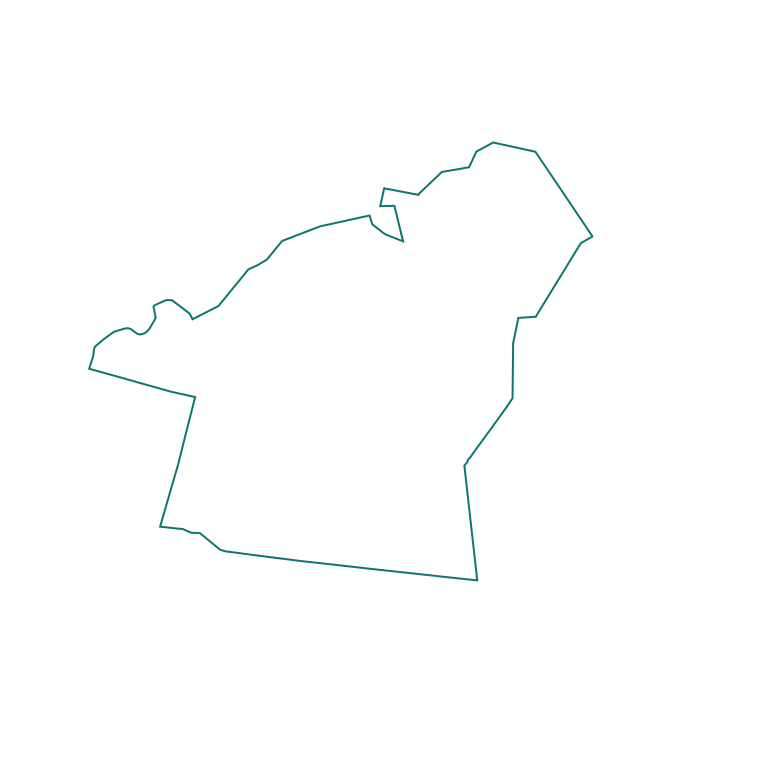 outline of Mecklenburg, North Carolina, United States of America, rotated 51°
{"feature_id": "52423323B53065741974506", "entity_name": "Mecklenburg", "entity_type": "district", "adm_level": 2, "iso_a3": "USA", "parent_name": "United States of America", "parent_adm1": "North Carolina", "projection": "natural_earth1", "projection_center": [-80.869, 35.258], "detail": "fine", "context": "isolated", "style": "outline", "palette": "teal", "viewbox_px": 768, "rotation_deg": 51, "n_neighbors": 0, "source": "geoboundaries", "source_scale": "gbopen_adm2", "svg_char_len": 1425}
<svg xmlns="http://www.w3.org/2000/svg" viewBox="0 0 768 768"><g transform="rotate(51 384 384)"><path d="M185.5,496.0L185.0,496.9L184.2,497.4L182.0,500.2L181.3,501.7L178.5,512.5L178.7,514.1L179.2,514.7L188.7,519.6L190.5,523.5L193.7,532.5L194.1,536.3L193.8,538.4L192.0,542.4L190.0,544.0L187.7,544.7L182.4,546.0L179.4,547.9L177.8,550.5L173.5,560.9L172.8,574.2L173.1,585.3L174.8,587.7L179.5,592.7L186.6,603.5L201.7,592.8L223.8,577.1L230.1,572.7L234.3,569.7L256.2,554.2L275.3,539.0L298.9,570.6L299.1,570.9L316.9,594.5L317.2,594.9L328.8,611.7L354.0,647.8L370.1,631.7L378.3,627.4L383.8,621.0L409.9,615.6L414.6,612.2L440.4,587.7L462.8,566.2L463.2,565.8L469.9,559.4L470.2,559.0L470.5,558.8L474.1,555.2L508.9,520.9L524.5,505.5L525.2,504.8L554.1,476.1L581.1,449.3L581.9,448.5L595.2,435.2L590.1,431.8L590.0,431.7L554.1,408.8L498.0,372.9L497.8,372.4L497.4,369.7L496.7,367.6L496.3,367.1L495.8,366.4L495.6,366.1L495.5,365.7L495.4,363.4L493.5,356.9L485.0,324.9L479.4,304.5L478.9,302.5L475.9,293.0L433.7,258.1L417.2,238.0L427.2,223.7L398.4,142.4L400.5,129.4L399.9,129.1L389.0,128.1L338.1,123.6L335.8,123.4L298.8,120.2L265.0,147.2L261.5,166.0L269.1,181.5L255.6,205.6L258.1,236.5L258.8,238.1L232.1,260.7L243.4,275.0L252.1,263.8L285.2,279.4L268.1,289.0L252.7,292.6L243.9,289.3L221.2,334.6L208.7,373.2L213.6,396.8L212.2,406.8L209.6,417.3L219.2,463.6L213.2,492.0L206.9,490.8L185.5,496.0Z" fill="none" stroke="#0f766e" stroke-width="2"/></g></svg>